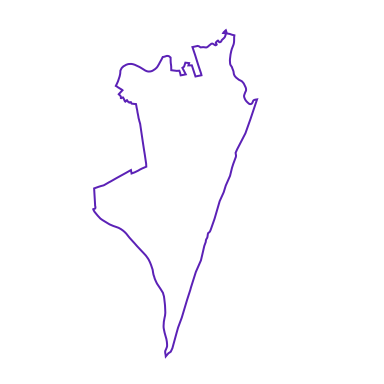 Hai Hau, Nam Định, Vietnam, rotated 338°
{"feature_id": "81297802B21970288414729", "entity_name": "Hai Hau", "entity_type": "district", "adm_level": 2, "iso_a3": "VNM", "parent_name": "Vietnam", "parent_adm1": "Nam Định", "projection": "albers", "projection_center": [106.28, 20.123], "detail": "fine", "context": "isolated", "style": "outline", "palette": "violet", "viewbox_px": 384, "rotation_deg": 338, "n_neighbors": 0, "source": "geoboundaries", "source_scale": "gbopen_adm2", "svg_char_len": 5301}
<svg xmlns="http://www.w3.org/2000/svg" viewBox="0 0 384 384"><g transform="rotate(338 192 192)"><path d="M290.0,62.6L288.0,61.2L286.2,59.6L284.0,58.2L283.7,57.8L283.8,57.2L283.9,55.7L284.0,55.1L284.0,54.7L283.1,55.0L281.0,55.9L280.5,56.3L281.3,56.7L281.9,56.9L282.2,57.2L282.3,57.5L282.3,57.9L282.3,58.3L282.2,58.7L281.5,59.5L280.9,60.2L280.2,60.8L279.4,61.2L278.1,61.7L277.0,62.1L276.4,62.4L275.8,63.0L275.3,63.4L274.9,63.5L274.2,63.6L273.7,63.5L273.4,63.2L273.2,62.8L273.1,62.0L273.0,61.6L272.8,61.3L272.7,61.3L271.6,61.6L271.1,61.8L270.5,62.2L270.2,62.3L270.0,62.5L270.0,63.1L270.1,64.0L270.1,64.6L269.9,64.7L269.5,64.8L268.8,64.8L268.3,64.4L267.7,63.5L267.2,62.8L266.7,62.2L266.4,62.0L266.0,61.9L265.5,61.8L264.8,62.0L263.1,62.5L261.1,63.2L260.4,63.3L260.0,63.4L259.3,63.3L258.5,62.9L257.1,62.1L256.7,61.9L256.1,61.7L255.1,61.4L254.4,61.2L254.1,61.1L253.9,60.8L253.2,59.7L252.6,59.2L252.0,58.7L246.7,57.8L246.2,66.2L245.4,75.8L245.2,78.7L244.8,85.6L244.5,87.3L238.5,86.2L239.3,74.5L236.1,73.3L237.6,71.4L234.3,69.6L231.6,72.8L229.6,73.3L230.3,80.6L227.6,80.1L225.6,79.7L225.2,79.6L225.6,77.1L225.7,74.8L223.0,73.9L222.9,73.8L218.4,71.3L219.7,67.9L220.2,66.2L220.6,64.5L220.7,64.2L221.4,62.1L221.8,61.2L222.5,59.3L221.6,57.6L221.3,57.3L220.6,56.8L219.6,56.4L219.0,56.3L218.2,56.3L216.4,56.1L216.0,56.0L215.4,55.9L213.5,57.6L210.4,60.1L209.5,60.9L207.0,62.8L205.8,63.5L203.9,64.2L200.8,64.8L200.3,64.8L198.9,64.7L197.6,64.3L197.0,64.1L196.8,64.0L196.1,63.6L195.3,63.0L194.6,62.3L194.2,61.9L192.4,59.4L191.8,58.6L190.7,57.1L189.6,55.8L189.4,55.6L187.8,53.9L186.6,52.6L185.0,51.3L183.7,50.5L181.5,49.7L180.6,49.5L179.2,49.4L178.5,49.4L176.5,49.7L175.4,49.8L175.1,50.0L174.8,50.1L173.9,50.4L173.3,50.7L172.6,51.3L172.3,51.5L171.9,51.9L171.5,52.3L171.2,52.5L171.0,52.8L170.8,53.2L170.7,53.5L170.3,54.3L169.8,55.3L169.1,56.4L168.2,57.7L166.5,59.7L164.8,61.7L162.7,63.7L161.1,65.1L161.3,65.4L161.9,66.1L162.5,67.1L164.2,69.4L165.4,71.0L165.7,71.6L162.6,73.0L160.7,73.9L160.9,74.4L161.6,75.9L161.7,76.7L161.7,77.1L161.6,77.4L161.6,77.7L161.4,77.9L161.4,78.1L161.3,78.3L161.6,78.5L161.8,78.5L162.2,78.4L162.6,78.4L163.0,78.4L163.3,78.4L163.5,78.5L163.7,80.2L163.7,82.2L163.8,82.8L163.9,83.0L164.0,83.2L165.1,82.7L165.6,82.5L165.9,82.5L166.1,82.5L166.2,83.1L166.1,83.8L166.2,84.0L166.3,84.1L166.6,84.3L166.8,84.4L167.0,84.6L167.2,85.2L167.3,85.6L167.6,85.7L167.8,85.7L168.2,85.7L168.8,85.7L169.0,85.8L169.0,86.1L169.0,86.7L169.0,87.1L169.1,87.3L169.2,87.5L169.8,87.8L171.6,88.8L173.0,89.4L173.0,89.5L172.8,90.5L172.6,91.7L172.4,92.3L172.1,94.0L172.0,94.6L171.8,95.7L171.3,97.8L170.9,100.0L170.8,100.5L170.5,102.0L170.3,102.8L170.1,103.9L170.0,105.0L169.7,106.8L169.7,107.3L169.6,108.0L169.5,109.2L167.6,117.0L164.9,128.2L163.5,134.1L162.2,139.8L160.0,148.9L159.9,149.1L159.1,151.4L154.6,151.5L152.1,151.7L150.3,152.0L146.1,152.3L142.9,152.2L143.6,148.8L142.7,148.9L138.2,149.5L127.4,150.8L120.0,151.8L118.7,151.9L116.7,152.2L113.1,152.7L112.2,152.7L110.0,152.4L107.4,152.2L105.3,152.1L102.6,152.0L97.2,168.0L97.0,168.5L96.9,169.3L96.8,169.9L96.1,171.0L94.0,171.0L94.0,172.3L94.2,173.8L94.3,174.1L95.0,176.4L95.7,178.6L97.1,182.3L98.5,184.5L101.4,188.4L103.5,191.2L106.3,194.0L108.6,196.0L110.5,197.7L112.2,199.8L113.5,201.8L114.7,204.1L114.9,204.7L115.4,205.8L116.9,210.9L118.8,216.1L119.3,217.4L120.8,221.7L123.1,227.6L124.2,230.4L125.4,233.6L126.3,237.3L126.5,238.6L126.7,241.4L126.7,241.6L126.7,244.2L126.5,247.4L126.4,249.3L125.8,251.8L125.3,254.3L125.2,256.4L125.0,258.1L125.0,259.8L125.1,262.0L125.2,263.5L125.3,264.2L125.9,267.1L126.5,270.0L127.1,273.5L127.3,274.8L127.1,276.0L126.9,278.3L126.3,280.6L125.0,285.3L124.4,287.3L123.1,291.0L122.2,293.5L121.9,294.2L121.8,294.4L120.7,296.5L119.4,298.4L117.2,301.9L116.5,303.4L115.4,305.7L114.8,307.4L114.4,309.4L113.9,312.2L113.4,316.6L113.3,317.5L113.2,318.6L112.6,321.4L111.9,323.7L111.2,325.5L110.5,326.5L109.0,328.1L108.0,329.0L107.5,329.6L106.9,331.1L106.5,333.2L106.1,334.6L109.9,332.6L110.9,332.5L112.5,332.1L115.3,329.5L125.2,316.5L128.3,312.5L135.5,304.6L147.1,290.1L153.7,282.2L155.2,280.2L165.6,267.6L174.7,258.7L179.5,251.9L183.2,246.6L186.0,243.5L186.8,242.0L187.4,241.3L189.1,240.0L190.0,238.6L190.9,237.0L191.7,236.1L193.0,235.8L194.0,235.2L195.3,233.9L202.6,225.6L203.1,225.0L214.2,210.9L221.3,204.1L225.7,198.7L233.3,191.3L238.2,184.5L240.7,181.5L243.7,178.2L245.9,175.8L246.5,174.6L247.1,172.0L250.0,169.2L263.5,157.6L273.6,146.2L287.0,130.5L286.1,130.3L285.3,130.1L284.6,130.0L283.9,130.0L283.4,130.1L283.0,130.3L282.6,130.7L281.8,131.5L281.1,132.1L280.6,132.4L280.1,132.5L279.5,132.5L278.8,132.3L278.5,132.1L277.9,131.5L277.8,131.2L277.2,130.1L276.6,128.7L276.1,127.2L275.9,125.5L275.9,124.6L275.9,124.2L276.0,123.2L276.3,122.3L276.8,121.6L277.6,120.7L278.7,119.5L279.7,118.6L280.2,118.0L280.7,116.8L280.9,115.7L280.9,114.7L280.8,113.2L280.7,111.4L280.5,110.2L280.2,109.4L280.0,108.8L279.7,108.0L279.0,107.2L278.9,107.0L277.6,105.6L276.1,103.0L275.8,102.5L275.1,100.5L275.0,99.4L275.0,98.4L275.3,97.1L275.6,95.9L275.7,94.6L275.7,93.5L275.7,92.4L275.8,91.3L275.7,90.6L275.5,89.7L275.3,88.8L275.3,88.0L275.5,87.0L276.1,85.2L276.3,84.5L277.0,83.0L278.1,81.0L279.2,79.0L280.4,77.2L281.2,76.0L282.5,74.3L285.5,71.1L285.7,70.9L286.3,70.1L287.1,68.8L287.9,67.1L289.0,64.4L290.0,62.6Z" fill="none" stroke="#5b21b6" stroke-width="2"/></g></svg>